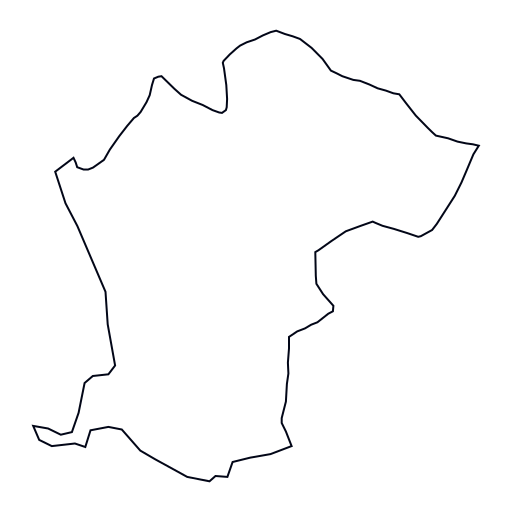 Al-Kufa, An-Najaf, Iraq (Albers equal-area conic projection)
{"feature_id": "34846034B35255353982404", "entity_name": "Al-Kufa", "entity_type": "district", "adm_level": 2, "iso_a3": "IRQ", "parent_name": "Iraq", "parent_adm1": "An-Najaf", "projection": "albers", "projection_center": [44.484, 32.07], "detail": "fine", "context": "isolated", "style": "outline", "palette": "ink", "viewbox_px": 512, "rotation_deg": 0, "n_neighbors": 0, "source": "geoboundaries", "source_scale": "gbopen_adm2", "svg_char_len": 1758}
<svg xmlns="http://www.w3.org/2000/svg" viewBox="0 0 512 512"><path d="M299.3,38.7L292.7,36.3L284.9,34.0L276.2,30.7L270.7,32.1L262.9,35.4L255.0,39.5L246.7,42.3L240.1,45.6L236.5,48.4L229.8,54.4L223.6,60.9L222.8,62.8L224.0,68.3L224.7,73.4L226.3,85.1L227.1,99.0L226.7,107.3L225.9,110.1L222.0,112.9L219.2,112.5L212.5,110.1L202.7,105.0L192.1,100.8L181.1,94.8L174.4,88.8L161.5,76.2L158.3,76.7L154.0,78.5L152.0,85.0L149.7,95.2L146.5,102.2L140.6,112.0L137.4,115.7L133.9,118.0L127.2,125.9L119.3,136.1L109.9,149.5L104.0,159.8L93.0,167.6L88.2,169.5L83.5,169.5L77.2,167.2L75.7,162.5L73.5,157.8L61.9,166.6L55.2,171.7L65.5,203.3L77.4,226.1L91.8,259.8L105.5,291.8L107.7,324.3L115.1,365.5L108.4,374.3L92.8,376.0L84.6,383.0L78.6,412.8L71.9,432.1L60.8,434.7L48.1,428.5L33.2,425.9L39.2,439.9L51.8,446.1L74.9,443.5L85.3,447.0L90.5,430.3L108.4,426.9L121.8,429.5L140.3,450.6L155.2,459.3L187.2,476.9L209.5,481.3L215.5,476.0L227.4,476.9L232.6,462.0L250.4,457.6L254.0,457.0L270.5,454.1L291.3,446.2L291.6,446.1L285.9,431.5L281.7,423.0L281.7,418.1L285.9,401.6L286.9,383.9L288.4,373.5L287.9,362.6L289.0,348.5L289.0,336.9L297.2,331.4L305.0,328.4L311.2,324.7L317.4,322.3L328.3,313.7L332.9,311.3L333.4,305.8L323.1,294.2L316.4,283.8L315.8,275.9L315.3,252.1L318.4,250.3L331.3,241.1L345.8,231.3L360.8,225.8L372.7,221.6L375.3,222.8L382.5,225.8L393.9,228.9L407.3,233.1L418.2,236.8L420.8,236.2L432.1,230.0L436.8,223.9L454.8,195.8L461.5,182.4L466.2,171.4L473.4,154.3L478.8,145.7L472.9,144.3L466.2,143.4L457.5,141.6L448.1,138.3L435.9,135.6L432.3,132.3L428.0,128.1L415.8,115.6L406.0,103.1L399.3,94.3L393.4,93.3L385.9,90.6L377.6,88.3L369.4,84.5L359.9,80.8L353.3,79.9L342.3,76.2L336.8,73.4L330.9,70.6L322.6,59.0L311.6,47.9L300.2,39.1L299.3,38.7Z" fill="none" stroke="#020617" stroke-width="2"/></svg>